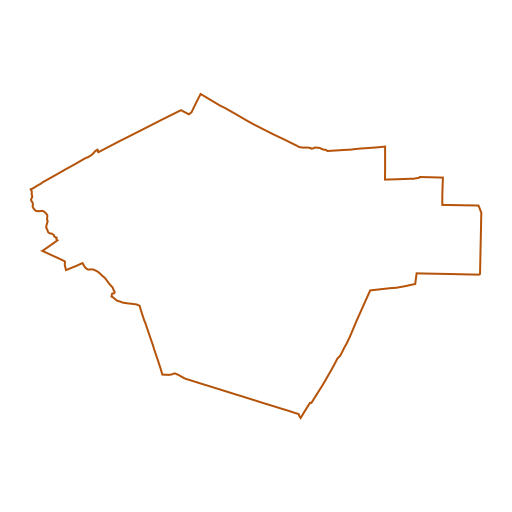 Balesti, Vrancea, Romania (Albers equal-area conic projection), rotated 90°
{"feature_id": "2599482B89340498251643", "entity_name": "Balesti", "entity_type": "district", "adm_level": 2, "iso_a3": "ROU", "parent_name": "Romania", "parent_adm1": "Vrancea", "projection": "albers", "projection_center": [27.24, 45.473], "detail": "fine", "context": "isolated", "style": "outline", "palette": "amber", "viewbox_px": 512, "rotation_deg": 90, "n_neighbors": 0, "source": "geoboundaries", "source_scale": "gbopen_adm2", "svg_char_len": 4444}
<svg xmlns="http://www.w3.org/2000/svg" viewBox="0 0 512 512"><g transform="rotate(90 256 256)"><path d="M418.0,211.4L415.1,209.6L413.2,208.5L402.8,202.0L402.9,200.6L394.3,195.2L385.6,189.7L379.6,186.2L368.1,179.6L363.4,177.1L360.7,175.7L358.7,174.7L356.3,172.4L355.8,171.8L352.1,169.9L349.2,168.5L346.4,167.0L343.2,165.2L340.9,164.1L337.5,162.5L337.2,162.3L321.5,155.7L321.2,155.6L307.1,149.3L290.4,141.8L288.1,121.1L287.8,115.9L286.1,106.5L284.2,97.9L284.1,97.4L284.0,96.8L273.3,95.4L273.4,93.4L273.7,79.2L274.1,57.3L274.2,54.7L274.6,35.5L274.6,34.0L274.6,33.1L274.6,32.7L274.4,32.4L274.2,32.2L273.8,32.0L270.3,31.9L251.1,31.5L246.5,31.4L228.3,31.0L222.7,30.9L212.7,30.7L210.9,31.4L207.7,32.6L205.5,33.6L205.5,35.9L205.4,40.2L205.3,45.4L205.3,48.1L205.2,50.8L205.1,58.9L205.0,63.5L204.9,69.7L194.9,69.7L177.6,69.1L177.3,80.1L177.0,92.2L177.8,93.0L178.9,99.4L178.7,99.7L179.2,113.4L179.6,127.0L176.4,127.0L170.3,126.9L162.2,126.9L146.6,126.9L147.0,131.0L147.4,135.2L148.6,152.2L148.8,154.1L149.1,157.1L149.6,161.0L149.9,166.8L150.4,174.9L151.0,184.6L149.9,186.0L149.6,188.6L148.8,190.7L148.2,191.7L147.9,192.5L147.5,197.2L148.4,198.7L148.7,200.8L148.0,201.4L147.6,203.9L147.6,209.4L147.0,212.9L146.1,214.5L142.1,222.5L140.1,226.5L134.1,239.2L128.4,250.4L126.4,254.3L124.4,258.3L120.1,266.0L114.9,274.9L107.7,287.5L105.8,291.6L99.7,301.8L94.0,311.4L103.4,316.2L108.6,318.7L112.3,320.5L114.3,323.1L112.1,327.4L110.2,330.9L111.4,333.5L112.3,335.3L116.4,343.5L117.6,345.9L119.4,349.6L122.3,355.2L129.7,369.8L136.0,382.2L137.7,385.6L140.4,391.0L146.2,402.2L151.5,412.2L152.2,413.7L151.6,414.1L151.1,414.1L150.6,414.0L149.7,414.5L151.1,416.8L151.6,417.2L152.5,417.9L153.1,418.5L154.6,420.0L155.3,420.9L155.9,421.9L157.0,423.7L157.3,424.6L158.8,427.8L159.8,429.5L160.9,431.4L164.1,436.9L166.9,442.0L170.1,447.8L175.2,456.7L178.4,462.4L181.9,468.7L182.6,469.8L183.5,470.9L183.8,471.4L184.6,472.9L186.0,475.3L186.7,476.5L187.2,477.2L187.8,478.1L188.2,478.8L188.7,479.7L189.1,480.8L189.3,481.3L189.9,481.1L190.3,480.8L191.0,480.4L191.6,480.2L192.1,480.2L192.5,480.2L192.9,480.2L193.5,480.4L194.1,480.3L194.8,480.1L195.9,479.9L196.8,479.8L197.5,479.9L198.0,480.2L198.9,480.8L199.6,481.0L200.3,480.8L201.1,480.5L201.8,480.0L202.6,479.5L203.1,479.3L204.2,479.1L205.0,479.1L205.9,479.4L206.4,479.4L207.1,479.2L208.5,478.4L209.2,477.8L210.3,476.8L210.9,475.9L211.1,474.6L211.2,473.0L211.1,471.6L210.9,470.5L210.9,469.9L211.0,469.0L211.8,467.8L212.4,467.0L213.0,466.4L214.2,465.4L215.0,464.8L215.7,464.7L216.6,464.7L218.2,464.9L219.1,464.9L219.6,464.9L220.3,464.7L220.8,464.4L221.3,464.3L221.7,464.5L222.8,464.8L223.5,465.0L224.5,465.3L225.8,465.6L227.1,465.8L228.3,465.5L229.2,465.0L230.5,464.4L231.4,464.2L232.3,463.7L232.8,463.2L233.3,462.3L233.7,460.1L234.1,459.6L234.9,458.4L235.3,457.9L235.8,457.9L236.3,457.7L236.8,457.4L237.2,456.5L237.5,455.9L237.7,455.4L237.9,455.5L238.5,455.7L239.2,455.5L239.7,455.1L240.3,454.5L250.8,469.4L250.9,469.6L254.3,462.3L258.9,452.2L261.2,447.5L261.4,447.2L261.7,447.1L262.2,447.0L262.7,447.1L263.6,447.2L264.8,447.2L265.6,447.1L268.0,446.5L270.1,446.0L265.6,435.0L264.2,432.0L263.9,431.4L263.1,429.5L264.8,428.5L266.5,427.5L267.8,426.6L268.7,425.3L269.5,424.1L269.6,423.5L269.5,422.9L269.4,421.6L269.4,420.7L269.5,419.1L269.8,418.0L270.5,416.5L271.4,414.7L272.2,413.6L273.5,412.0L274.6,410.9L276.0,409.5L276.9,408.3L278.0,407.1L278.9,406.3L280.6,405.1L283.6,402.9L285.2,401.5L286.6,400.2L287.1,399.7L287.5,399.4L288.2,399.1L289.7,398.5L290.4,398.3L291.1,397.8L291.8,397.4L292.2,397.4L292.6,397.4L292.8,397.5L293.2,397.9L293.4,398.4L293.5,399.6L293.6,399.8L293.9,400.0L296.6,400.5L297.0,399.5L297.4,399.0L298.6,397.5L300.0,395.9L300.6,395.0L300.8,394.3L301.7,391.6L302.4,389.8L302.6,389.2L303.0,386.8L303.5,383.2L303.7,381.6L303.7,380.5L304.0,379.3L304.1,377.6L304.4,375.9L304.7,374.7L305.3,373.3L305.9,372.3L307.2,372.0L310.9,370.9L321.0,367.6L321.5,367.2L343.2,359.8L343.7,359.6L346.1,358.8L348.6,358.1L362.1,353.5L364.1,352.9L369.2,351.2L372.2,350.4L374.6,349.6L374.7,347.2L374.8,344.8L374.9,342.9L374.6,341.2L374.1,339.3L373.4,337.4L373.5,336.7L374.9,333.7L378.3,327.6L379.0,325.8L380.3,321.5L382.8,313.6L384.0,309.8L384.9,306.8L387.3,299.0L389.2,292.9L391.7,285.0L393.4,279.5L394.7,275.5L396.1,270.7L398.3,263.8L400.7,256.1L402.9,249.3L405.0,242.4L406.3,238.1L407.7,233.6L409.1,229.1L410.8,223.4L413.0,216.9L414.0,213.4L415.6,212.8L417.4,211.8L418.0,211.4Z" fill="none" stroke="#b45309" stroke-width="2"/></g></svg>